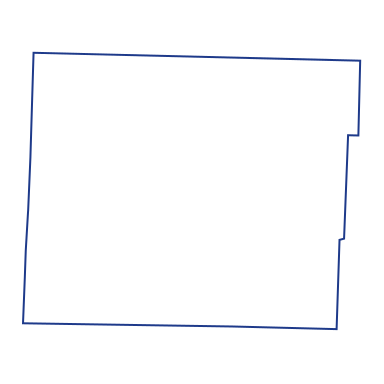 Jay, Indiana, United States of America, rotated 182°
{"feature_id": "52423323B29705647832247", "entity_name": "Jay", "entity_type": "district", "adm_level": 2, "iso_a3": "USA", "parent_name": "United States of America", "parent_adm1": "Indiana", "projection": "equal_earth", "projection_center": [-84.999, 40.439], "detail": "fine", "context": "isolated", "style": "outline", "palette": "blue", "viewbox_px": 384, "rotation_deg": 182, "n_neighbors": 0, "source": "geoboundaries", "source_scale": "gbopen_adm2", "svg_char_len": 381}
<svg xmlns="http://www.w3.org/2000/svg" viewBox="0 0 384 384"><g transform="rotate(182 192 192)"><path d="M42.7,60.0L42.9,149.3L38.4,150.7L38.0,250.4L38.0,254.2L34.3,254.2L27.7,254.3L28.5,329.1L355.2,325.6L355.0,281.5L355.0,281.4L354.7,220.7L355.1,168.1L355.2,165.1L356.1,127.5L356.1,100.5L356.3,54.9L147.0,59.0L42.7,60.0Z" fill="none" stroke="#1e3a8a" stroke-width="2"/></g></svg>